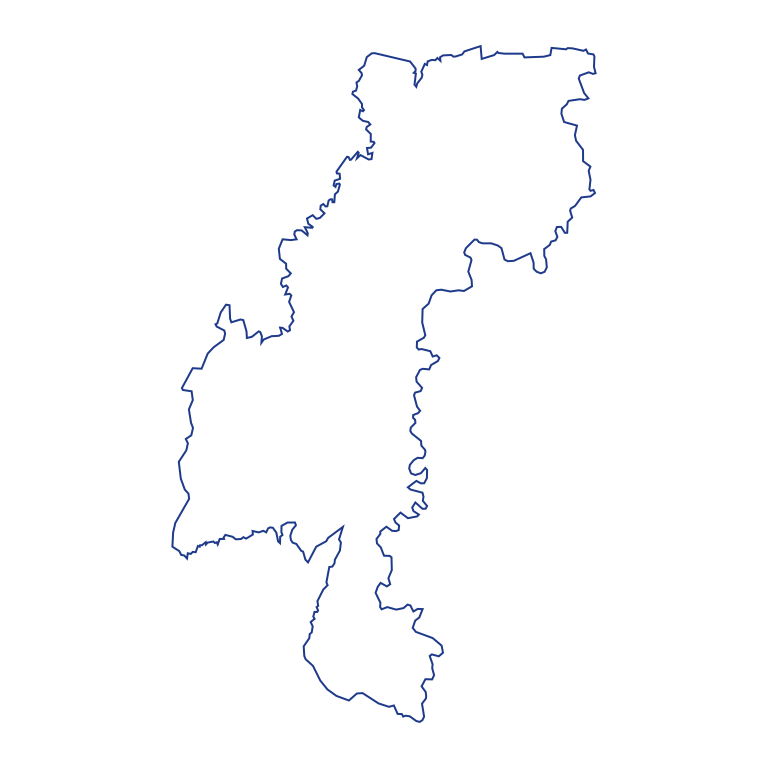 Buena Fe, Los Rios, Ecuador
{"feature_id": "8360857B33101813988560", "entity_name": "Buena Fe", "entity_type": "district", "adm_level": 2, "iso_a3": "ECU", "parent_name": "Ecuador", "parent_adm1": "Los Rios", "projection": "mercator", "projection_center": [-79.465, -0.75], "detail": "fine", "context": "isolated", "style": "outline", "palette": "blue", "viewbox_px": 768, "rotation_deg": 0, "n_neighbors": 0, "source": "geoboundaries", "source_scale": "gbopen_adm2", "svg_char_len": 6059}
<svg xmlns="http://www.w3.org/2000/svg" viewBox="0 0 768 768"><path d="M557.4,236.9L555.3,231.2L556.9,227.0L561.2,226.9L564.8,232.8L567.2,232.8L567.7,221.7L572.2,217.6L570.1,210.6L570.8,208.5L575.1,205.9L581.3,197.4L590.6,196.4L595.0,193.0L593.5,190.0L590.5,190.8L589.4,189.3L590.5,179.8L588.7,170.9L590.4,166.6L583.1,161.2L583.0,149.8L576.1,140.8L574.9,135.2L577.0,125.6L564.1,122.0L561.4,113.7L561.9,108.7L566.8,104.3L568.5,100.9L579.9,99.2L584.5,99.9L588.4,98.4L584.1,93.0L578.7,78.4L580.0,75.5L588.8,72.3L593.0,73.9L595.6,73.2L594.0,66.9L594.4,56.4L593.4,54.4L588.0,53.5L586.0,49.5L583.4,50.8L572.7,48.4L567.8,48.1L566.0,49.3L551.6,47.9L550.3,55.1L543.7,56.7L524.5,57.4L522.6,53.7L504.8,53.7L498.4,53.0L497.4,51.9L494.1,55.1L481.7,58.9L480.6,46.1L464.4,51.4L462.2,54.4L455.6,56.5L453.3,56.6L451.4,55.0L443.1,55.4L440.1,57.2L440.4,60.8L437.4,58.0L435.4,60.2L431.7,59.9L427.7,61.4L427.0,65.0L424.8,63.9L421.3,71.7L422.4,74.8L421.7,77.7L417.2,83.5L416.3,86.8L414.5,84.6L415.9,73.5L413.8,72.8L415.6,70.9L415.6,68.6L410.1,61.5L374.5,53.1L371.7,53.4L366.8,57.1L364.2,65.7L358.8,69.9L361.6,73.1L362.0,75.3L358.9,80.8L356.5,82.5L357.2,86.5L356.0,90.6L352.9,91.7L352.4,94.1L358.1,98.5L362.0,104.0L362.0,107.4L364.0,110.1L362.9,111.3L360.2,110.0L358.8,117.4L362.8,120.8L368.2,122.0L370.3,124.5L366.7,127.0L366.1,129.4L370.8,134.0L370.7,141.5L373.8,141.9L374.5,143.1L371.0,147.7L367.0,148.0L368.1,154.3L372.4,152.9L371.5,159.1L368.7,159.5L360.5,155.1L357.0,158.3L358.7,152.8L357.8,151.8L351.0,159.7L349.9,159.9L348.6,157.1L347.0,156.8L336.5,171.6L336.9,173.4L339.6,173.7L340.1,178.8L334.7,180.6L333.6,185.5L335.5,186.9L336.4,184.1L339.3,183.6L339.9,184.6L337.9,191.6L334.9,194.3L334.3,202.2L332.5,202.2L332.1,199.4L330.5,199.3L328.7,200.4L327.3,206.3L325.5,206.4L323.3,204.0L320.7,205.7L320.3,209.3L324.5,213.3L319.8,218.0L316.3,218.8L312.7,215.2L307.0,218.5L308.3,223.7L312.7,227.0L312.2,227.8L304.8,227.2L307.8,233.3L307.5,235.3L301.6,230.4L296.9,230.2L294.8,231.6L294.3,234.5L296.6,239.3L290.9,240.1L282.6,239.3L278.8,248.7L279.9,258.9L286.1,263.7L286.2,268.7L290.8,273.4L288.4,276.2L282.1,278.5L280.9,283.8L282.9,287.0L286.3,285.5L288.0,287.4L285.2,294.5L289.6,293.8L291.3,295.4L289.1,301.9L294.0,312.2L291.5,316.5L293.4,320.8L289.4,326.3L290.0,330.2L287.7,331.5L282.6,327.9L280.1,327.6L282.0,333.9L278.9,335.8L271.6,336.2L263.7,339.5L261.4,342.8L261.9,336.2L260.2,332.0L258.7,331.4L251.9,336.8L246.9,338.0L246.5,331.4L243.3,320.1L240.4,319.5L231.4,322.3L230.1,318.7L229.5,305.2L226.0,304.7L220.7,312.5L217.3,323.4L215.5,324.3L216.7,326.6L224.3,330.5L225.1,333.6L223.7,339.9L213.5,347.4L207.7,353.6L201.6,368.7L192.7,368.2L181.9,388.1L182.9,390.0L191.6,391.3L192.8,400.1L188.9,409.4L191.0,422.7L193.0,427.9L191.3,435.3L185.8,439.0L187.9,443.3L186.3,450.4L178.8,461.8L180.8,478.6L184.8,489.6L188.5,493.7L189.1,498.9L175.3,523.0L173.1,532.7L172.4,546.7L179.3,551.1L181.2,554.9L184.3,555.5L187.0,558.5L187.8,553.3L190.8,553.9L192.7,551.9L195.7,552.2L197.9,546.0L199.7,546.7L200.0,545.3L202.0,545.2L205.7,542.2L206.0,544.4L207.6,542.6L213.4,541.5L214.8,543.0L216.7,542.3L217.7,544.5L219.7,539.0L224.1,538.9L223.6,537.5L225.4,534.9L232.6,536.8L235.8,539.3L241.0,539.0L243.4,537.2L246.1,538.6L252.8,534.6L252.6,531.0L258.8,532.4L263.3,530.8L266.2,532.3L268.1,528.4L270.2,527.4L272.9,527.8L276.3,532.6L278.1,541.3L280.0,543.1L280.2,536.7L282.5,535.0L281.4,532.3L281.5,525.9L287.6,522.5L295.0,522.5L295.9,525.3L292.3,529.7L290.3,535.9L290.9,539.9L292.6,542.6L296.4,544.0L301.2,550.8L303.1,551.6L305.4,559.6L308.0,562.4L316.2,546.7L326.3,541.2L328.1,537.9L342.9,526.9L339.0,539.4L340.9,542.5L339.9,550.6L334.9,559.7L334.5,563.3L332.3,566.6L329.3,567.0L326.4,582.4L327.6,585.2L323.3,589.5L317.4,601.2L318.2,605.8L316.6,607.1L318.1,610.5L317.1,612.0L314.5,611.9L313.3,616.6L314.6,618.8L310.7,622.0L312.7,626.4L311.7,632.5L309.7,634.1L309.3,638.2L303.7,646.3L304.3,656.0L305.6,659.2L313.0,665.9L320.3,680.6L327.4,689.4L336.4,695.9L348.9,700.5L356.9,693.5L362.6,693.1L378.5,703.4L388.9,706.8L393.9,705.5L397.6,713.9L401.9,714.1L403.2,716.6L405.5,715.7L409.7,716.3L416.4,721.1L419.8,721.9L422.5,720.0L424.1,716.7L422.0,703.7L425.9,698.5L426.2,696.3L425.7,692.0L421.6,686.4L425.4,679.2L432.1,679.4L434.1,675.1L432.2,668.2L432.6,664.3L429.7,656.0L431.8,654.4L438.8,656.3L443.0,652.7L441.6,645.6L432.7,638.1L415.9,631.9L412.7,627.9L415.2,620.6L419.3,617.5L422.6,609.1L417.7,608.9L413.4,611.5L410.4,605.5L407.6,604.6L403.5,608.1L396.2,609.6L387.3,607.1L381.6,609.3L380.1,607.0L380.4,602.8L375.6,592.8L377.7,586.9L380.6,582.9L386.9,586.4L390.2,584.2L388.4,578.2L391.8,570.1L391.5,557.3L389.7,555.9L384.0,555.7L380.8,547.4L377.0,543.4L376.5,539.0L380.3,534.0L380.3,531.5L386.4,526.7L392.1,530.8L396.1,531.1L398.7,530.0L399.1,525.5L395.5,522.5L394.0,519.0L400.5,512.6L407.9,518.2L417.2,516.4L418.9,514.6L413.5,511.1L412.2,507.5L415.4,502.5L422.5,508.8L425.6,508.7L427.1,506.0L422.8,500.8L423.5,496.7L422.5,492.7L410.4,489.5L407.9,487.3L416.4,480.9L421.0,483.4L424.2,483.2L426.9,478.1L427.1,470.0L425.3,468.0L420.9,473.2L415.2,475.0L411.1,473.4L409.2,468.6L409.9,464.8L413.7,460.2L417.6,457.8L422.6,458.2L424.7,455.6L425.4,452.1L425.1,449.9L421.4,445.7L421.0,440.9L411.8,433.5L410.3,430.9L410.8,427.6L415.4,422.9L415.1,419.8L413.1,417.9L413.2,415.0L418.0,413.2L420.1,410.8L417.0,406.6L414.0,395.2L415.1,392.6L420.6,391.1L422.1,387.9L416.6,381.7L416.1,377.3L419.9,370.0L422.7,368.8L429.2,369.4L431.1,365.0L437.9,361.0L439.4,358.0L436.7,355.3L432.7,356.5L430.3,351.2L421.4,349.0L418.8,349.6L416.8,347.5L417.0,341.6L423.9,337.7L425.3,335.2L422.2,322.5L422.6,309.0L428.6,303.7L431.6,295.3L436.3,290.3L441.4,289.7L450.3,291.5L458.6,290.3L464.0,291.0L472.0,286.3L471.6,280.0L468.3,271.6L471.5,260.1L470.5,257.6L465.1,254.9L464.2,252.4L465.9,248.2L474.5,239.6L477.0,239.7L478.9,242.1L482.4,243.3L491.1,243.3L497.8,245.5L501.5,248.2L504.5,259.5L507.8,261.2L513.9,260.8L530.5,253.2L533.6,262.7L533.7,268.7L536.6,271.7L540.8,273.3L544.6,271.8L546.8,267.4L546.1,259.4L544.3,255.9L544.2,249.1L549.8,244.9L551.1,241.6L555.6,240.3L557.4,236.9Z" fill="none" stroke="#1e3a8a" stroke-width="2"/></svg>